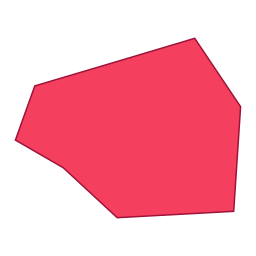 an SVG outline of Sham Shui Po
{"feature_id": "HKG-5159", "entity_name": "Sham Shui Po", "entity_type": "state/province", "adm_level": 1, "iso_a3": "HKG", "parent_name": "Hong Kong S.A.R.", "parent_adm1": "", "projection": "orthographic", "projection_center": [114.161, 22.334], "detail": "fine", "context": "isolated", "style": "filled", "palette": "rose", "viewbox_px": 256, "rotation_deg": 0, "n_neighbors": 0, "source": "natural_earth", "source_scale": "10m", "svg_char_len": 234}
<svg xmlns="http://www.w3.org/2000/svg" viewBox="0 0 256 256"><path d="M117.2,217.7L63.3,167.8L15.4,140.1L34.8,85.9L117.0,61.5L194.7,38.3L240.6,106.7L233.7,211.3L117.2,217.7Z" fill="#f43f5e" stroke="#9f1239" stroke-width="1.5"/></svg>